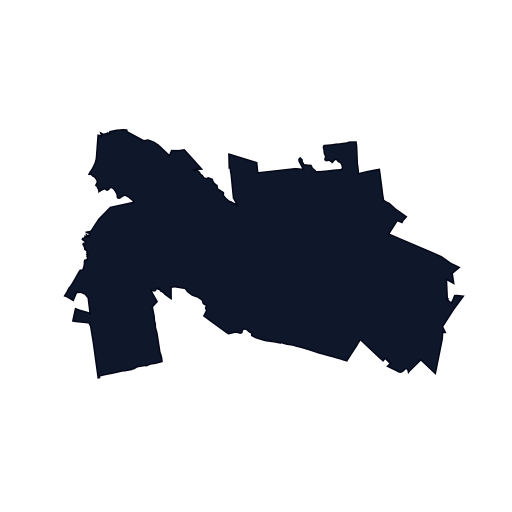 Tuzantán, Chiapas, Mexico, rotated 257°
{"feature_id": "50627088B59724502540082", "entity_name": "Tuzantán", "entity_type": "district", "adm_level": 2, "iso_a3": "MEX", "parent_name": "Mexico", "parent_adm1": "Chiapas", "projection": "orthographic", "projection_center": [-92.404, 15.141], "detail": "fine", "context": "isolated", "style": "filled", "palette": "ink", "viewbox_px": 512, "rotation_deg": 257, "n_neighbors": 0, "source": "geoboundaries", "source_scale": "gbopen_adm2", "svg_char_len": 6029}
<svg xmlns="http://www.w3.org/2000/svg" viewBox="0 0 512 512"><g transform="rotate(257 256 256)"><path d="M409.2,129.3L387.9,122.7L386.2,122.1L384.4,121.1L383.0,120.4L381.9,119.6L378.1,116.5L377.0,115.4L374.7,112.9L373.2,111.7L372.6,113.8L370.5,115.1L369.5,116.4L367.1,117.6L364.4,118.3L363.1,117.6L360.9,115.8L359.9,116.7L357.0,117.3L356.1,117.8L354.0,117.4L355.2,121.1L355.6,124.5L354.3,124.8L353.7,125.5L353.6,125.8L353.8,126.7L354.6,128.2L355.2,128.8L355.4,129.3L355.4,129.8L355.2,130.8L354.6,131.4L353.5,132.4L350.3,133.8L347.0,134.5L346.5,134.5L345.0,134.1L343.9,134.2L343.6,134.5L343.2,135.3L343.1,135.8L343.2,136.8L343.7,137.7L343.8,138.1L344.1,138.6L344.8,141.1L344.6,142.2L343.4,143.8L341.7,145.6L340.8,146.2L340.2,146.5L339.4,147.4L338.3,148.1L337.2,148.8L336.2,149.2L335.8,149.0L336.1,125.0L327.2,111.1L318.1,101.7L317.1,100.2L317.4,96.0L317.1,96.0L315.3,99.3L314.7,99.5L314.2,99.6L313.5,98.6L313.7,98.0L314.0,97.9L313.8,97.3L312.6,97.2L314.0,96.1L314.7,95.5L312.6,95.2L313.6,93.8L313.0,93.7L311.4,91.3L311.9,90.9L311.2,90.5L307.9,93.3L307.0,92.7L307.1,90.6L306.4,90.5L305.9,90.0L305.0,90.6L304.6,90.6L304.7,90.8L303.3,90.8L303.0,90.9L302.7,91.0L302.6,91.3L302.4,91.4L301.7,90.7L301.0,90.7L300.8,90.9L300.7,91.5L299.8,91.7L299.7,91.8L299.7,92.3L299.1,92.5L298.5,92.4L297.4,92.0L297.2,92.2L296.2,92.2L295.4,91.4L295.3,91.5L295.2,91.7L295.2,92.1L295.1,92.3L294.8,92.4L293.7,91.3L293.4,91.6L293.0,91.5L292.6,91.6L291.4,91.1L290.7,90.5L290.2,89.7L289.9,89.8L289.4,90.2L289.5,90.0L290.0,89.4L290.3,89.2L290.5,88.4L290.3,88.2L289.9,88.0L289.7,87.7L288.9,87.5L289.0,87.7L285.2,86.4L281.3,84.1L281.6,81.4L280.0,79.7L272.0,72.4L269.8,70.2L268.0,68.4L267.3,67.2L266.7,66.5L265.3,65.3L263.2,63.6L260.2,60.5L258.9,62.5L256.9,64.7L253.8,67.9L260.8,72.9L260.0,77.3L257.2,81.0L254.5,82.3L253.2,83.1L237.2,81.4L238.6,79.6L243.0,71.6L245.3,68.3L233.9,62.9L233.0,64.9L228.4,78.4L227.6,78.4L224.8,79.1L208.0,78.0L172.7,74.8L172.7,76.2L174.3,76.5L174.4,77.5L174.4,84.7L174.2,87.5L174.1,91.8L174.1,97.7L174.1,99.8L173.7,102.3L173.4,109.2L173.7,110.6L173.7,112.0L174.8,115.3L174.3,123.3L173.7,124.4L174.5,128.6L174.1,133.7L174.3,140.7L177.9,141.1L180.1,141.1L183.9,140.7L201.1,142.0L204.2,142.1L209.2,141.9L211.9,142.5L214.0,142.6L215.1,142.4L220.3,143.2L229.8,143.5L233.8,149.4L246.2,145.7L245.1,148.4L244.9,149.2L244.9,149.9L245.3,150.5L247.0,151.8L247.1,152.2L246.7,152.4L245.6,153.3L245.4,153.8L245.4,154.0L245.8,154.4L246.3,154.7L246.9,154.8L244.2,154.9L243.4,155.2L241.9,157.0L240.4,158.1L239.2,158.7L233.5,163.7L244.6,166.2L244.6,167.7L244.4,168.3L244.4,169.1L244.3,170.0L240.3,179.8L236.7,181.3L232.3,185.0L229.8,188.8L229.7,189.5L225.3,193.6L224.4,193.7L224.1,193.9L222.6,193.8L221.9,193.9L221.2,194.2L219.8,195.7L219.6,196.3L218.9,196.6L218.1,196.3L217.7,196.0L217.4,195.5L216.9,195.3L216.2,195.1L214.6,195.7L214.1,195.5L213.3,195.1L209.3,191.7L189.9,208.5L186.4,211.7L186.5,218.1L185.9,220.8L185.0,221.9L184.4,223.5L184.3,223.9L184.5,224.9L186.4,225.8L186.8,226.1L187.1,226.7L187.5,227.7L187.5,228.6L187.0,229.6L186.2,230.6L185.3,231.3L184.7,231.6L183.5,232.5L182.6,233.8L182.2,234.0L181.1,234.4L179.5,233.9L176.5,237.4L172.3,244.6L171.3,246.5L168.3,254.5L165.7,260.3L166.3,260.6L163.2,266.0L161.3,271.0L160.5,272.7L159.3,274.7L156.7,279.8L152.7,286.8L146.9,296.3L146.6,297.1L141.2,307.0L141.1,307.5L138.8,311.4L136.5,315.7L135.4,317.3L133.4,320.9L140.4,328.0L146.0,333.9L148.4,336.0L151.1,338.9L128.7,353.8L125.3,356.3L127.4,358.8L121.0,362.7L119.0,359.3L112.4,367.5L111.0,368.9L110.3,370.7L110.3,371.6L110.7,372.9L111.6,374.7L112.4,375.7L112.6,376.6L112.6,376.9L112.0,377.8L111.3,378.3L110.9,378.4L108.4,378.4L109.2,379.3L109.9,380.4L117.8,393.3L101.2,404.3L133.0,418.7L139.5,420.7L138.9,423.3L145.2,421.8L159.7,436.7L170.2,449.0L172.5,442.3L172.7,440.7L171.4,439.7L169.8,438.8L169.0,438.0L168.4,437.7L166.5,435.9L166.3,435.4L170.3,432.7L171.0,433.5L171.8,432.2L172.5,433.0L190.4,436.3L184.8,442.5L195.0,443.3L199.1,451.5L205.0,444.1L213.5,436.6L220.4,427.4L240.2,400.2L247.6,390.2L258.8,401.6L255.8,405.8L257.9,407.5L258.4,408.5L260.4,411.3L270.6,402.2L273.5,400.3L274.2,399.7L275.3,399.0L277.5,397.4L278.6,395.8L279.8,394.5L281.6,392.8L287.6,393.2L293.9,393.9L312.7,395.7L312.9,392.1L313.2,382.9L313.1,374.2L315.8,374.8L323.7,375.6L340.2,378.7L344.6,379.1L344.9,377.3L345.9,373.1L345.9,372.1L345.6,370.4L346.0,366.6L346.4,361.7L346.9,359.5L347.1,355.5L348.3,347.2L347.3,346.3L345.7,346.0L344.8,346.2L340.5,345.7L338.2,346.1L337.2,346.4L334.9,344.9L333.9,345.0L333.6,345.2L333.2,345.7L333.0,346.6L332.9,348.9L330.5,351.1L330.0,351.2L330.2,351.7L332.4,354.5L331.6,356.6L329.7,357.3L327.8,359.6L325.6,360.1L324.8,360.3L323.8,360.2L322.6,360.2L321.8,359.9L321.5,359.3L320.9,359.6L320.9,358.7L322.0,351.5L322.7,344.8L323.7,337.6L324.0,336.3L324.2,335.8L324.2,335.3L324.4,333.3L325.4,332.9L325.8,332.9L328.2,331.1L329.9,330.2L330.8,330.3L332.0,329.8L332.4,328.0L333.4,325.3L333.8,324.0L334.2,322.9L335.0,322.9L336.0,322.7L337.4,322.1L338.7,322.4L339.1,322.6L341.6,321.2L341.3,320.5L340.8,320.1L340.6,319.6L338.8,319.3L329.7,321.7L332.2,314.2L336.6,276.4L346.8,277.7L361.4,252.5L347.7,249.7L347.5,250.7L343.3,250.2L340.8,250.1L317.7,247.1L310.3,249.2L312.4,245.9L314.4,243.8L315.3,242.2L318.5,239.7L322.2,237.8L325.0,238.5L325.3,238.3L330.1,233.6L333.7,233.8L334.6,232.4L335.1,232.4L336.7,231.3L339.5,230.5L340.0,230.7L340.9,230.3L340.9,230.0L342.4,227.8L342.8,227.3L342.6,226.9L342.8,226.7L342.8,226.2L342.5,225.9L342.4,225.6L343.1,223.9L343.6,223.0L345.4,222.1L346.6,221.7L347.1,221.1L347.8,220.4L350.0,219.7L351.7,218.7L352.8,217.2L352.9,216.5L353.1,215.4L353.6,215.4L353.6,214.8L353.8,214.7L353.8,217.4L353.6,219.2L353.2,220.8L352.9,222.6L375.6,210.0L376.0,204.5L377.7,197.5L373.2,194.2L384.5,186.8L384.9,186.2L385.4,186.0L385.8,186.0L386.0,185.7L389.9,182.0L393.3,176.9L393.5,172.6L406.1,158.3L407.8,158.4L408.9,155.2L409.4,151.5L409.9,148.4L410.0,141.5L408.2,140.9L409.2,139.1L408.9,139.0L408.8,134.7L410.8,132.4L409.0,132.6L407.4,132.2L408.6,130.8L409.2,129.3Z" fill="#0f172a" stroke="#020617" stroke-width="1.5"/></g></svg>